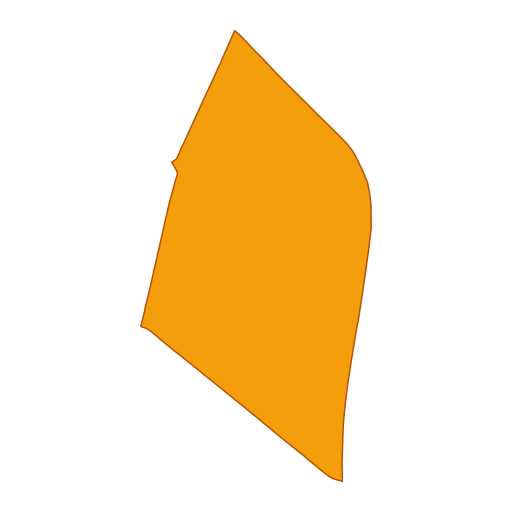 Pom Prap Sattru Phai, Bangkok Metropolis, Thailand (Mercator projection)
{"feature_id": "78962969B85320273123577", "entity_name": "Pom Prap Sattru Phai", "entity_type": "district", "adm_level": 2, "iso_a3": "THA", "parent_name": "Thailand", "parent_adm1": "Bangkok Metropolis", "projection": "mercator", "projection_center": [100.511, 13.751], "detail": "fine", "context": "isolated", "style": "filled", "palette": "amber", "viewbox_px": 512, "rotation_deg": 0, "n_neighbors": 0, "source": "geoboundaries", "source_scale": "gbopen_adm2", "svg_char_len": 1943}
<svg xmlns="http://www.w3.org/2000/svg" viewBox="0 0 512 512"><path d="M234.8,30.7L233.0,34.4L229.2,43.1L227.4,47.1L225.9,50.5L219.9,64.2L219.0,66.1L216.0,72.7L212.6,80.2L209.1,87.7L205.3,95.8L193.6,121.5L192.2,124.5L191.0,127.2L186.4,137.3L183.6,143.4L182.3,146.1L181.7,147.5L180.4,150.3L179.1,153.2L179.0,153.5L176.6,158.8L175.6,159.5L174.0,160.7L171.7,162.2L176.5,170.5L177.1,171.7L177.3,172.9L177.4,174.0L176.9,175.7L176.3,177.6L168.9,204.4L162.3,233.8L149.7,289.2L145.4,307.0L144.5,311.3L143.9,313.7L140.8,326.4L142.3,327.0L145.3,328.0L146.6,328.6L149.4,330.2L157.8,337.1L161.3,340.2L166.0,344.1L171.0,348.1L176.3,352.4L177.1,353.0L180.6,355.7L185.2,359.4L185.9,360.0L189.9,363.2L191.5,364.4L196.2,368.3L197.6,369.4L201.5,372.6L202.8,373.7L206.1,376.3L211.4,380.6L216.8,384.9L218.9,386.7L219.8,387.3L221.8,389.0L225.8,392.2L228.7,394.6L232.2,397.3L235.5,400.1L243.1,406.2L244.3,407.2L247.5,409.8L248.6,410.7L249.8,411.7L253.0,414.4L255.8,416.6L257.9,418.4L258.3,418.7L259.0,419.3L262.7,422.3L265.2,424.4L268.0,426.7L270.4,428.7L273.6,431.4L276.2,433.6L281.0,437.5L283.6,439.6L283.9,439.8L297.7,450.9L301.7,454.0L303.9,455.8L305.8,457.5L310.7,461.7L319.3,468.8L324.1,472.7L326.3,474.4L329.5,476.8L332.6,478.4L336.1,479.6L342.3,481.3L342.3,469.8L342.0,467.3L342.1,461.1L342.6,445.3L343.3,424.1L343.7,419.6L345.5,402.0L347.6,384.7L348.0,382.6L351.1,361.8L353.3,348.7L356.0,332.0L358.9,316.6L361.0,302.5L362.2,295.0L363.3,287.2L365.3,273.8L365.6,271.8L367.6,256.8L368.3,252.4L369.9,239.1L371.1,228.7L371.2,226.4L371.2,223.7L371.1,222.1L371.1,216.4L370.9,204.6L369.7,193.7L369.0,190.3L367.6,183.0L367.5,182.5L362.7,170.8L354.6,154.3L353.9,152.8L347.0,143.9L346.0,142.7L343.7,140.3L339.6,136.1L328.5,125.2L317.4,114.3L307.7,104.5L296.1,93.0L294.7,91.7L288.6,85.7L279.6,76.5L278.0,74.9L271.3,67.8L263.1,59.1L257.7,53.8L255.7,51.7L252.1,47.9L242.6,37.9L239.2,34.4L238.3,33.7L234.8,30.7Z" fill="#f59e0b" stroke="#b45309" stroke-width="1.5"/></svg>